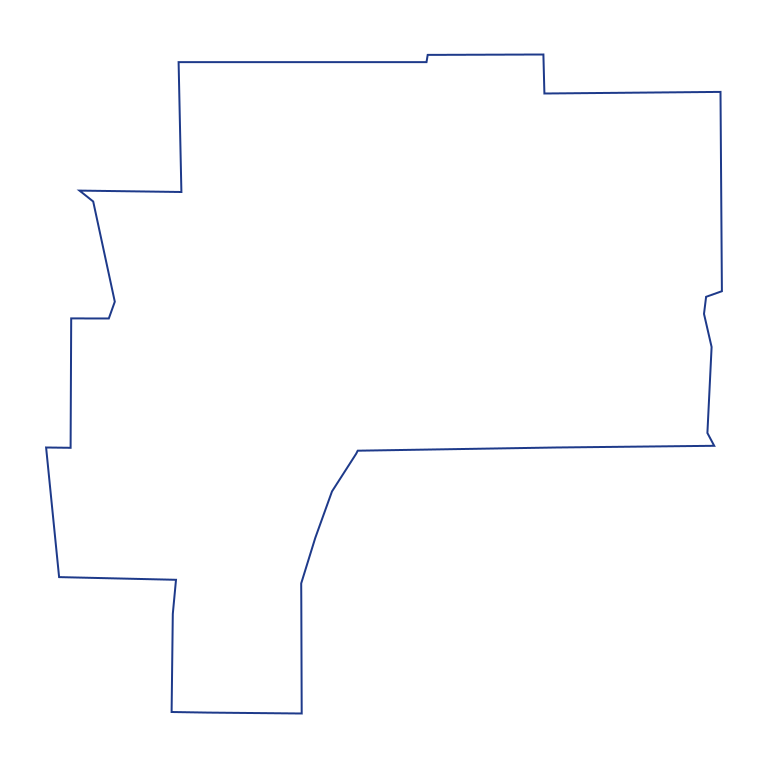 the district of Ontario, New York, United States of America
{"feature_id": "52423323B27260501944339", "entity_name": "Ontario", "entity_type": "district", "adm_level": 2, "iso_a3": "USA", "parent_name": "United States of America", "parent_adm1": "New York", "projection": "albers", "projection_center": [-77.313, 42.808], "detail": "fine", "context": "isolated", "style": "outline", "palette": "blue", "viewbox_px": 768, "rotation_deg": 0, "n_neighbors": 0, "source": "geoboundaries", "source_scale": "gbopen_adm2", "svg_char_len": 533}
<svg xmlns="http://www.w3.org/2000/svg" viewBox="0 0 768 768"><path d="M720.5,91.9L544.4,93.5L543.4,54.5L427.7,54.9L426.5,62.1L297.0,62.1L178.6,62.1L181.4,192.0L79.5,190.6L93.2,201.5L114.8,301.7L108.8,318.5L71.2,318.4L70.6,447.8L46.1,447.5L59.1,577.1L176.0,579.8L172.8,613.9L171.6,712.0L208.5,712.6L301.7,713.5L301.3,601.6L301.2,583.4L315.3,537.8L332.0,491.4L356.2,453.7L357.7,450.7L555.8,447.5L714.2,445.8L707.4,433.0L711.6,347.0L704.0,313.9L706.1,296.8L721.9,291.2L720.5,91.9Z" fill="none" stroke="#1e3a8a" stroke-width="2"/></svg>